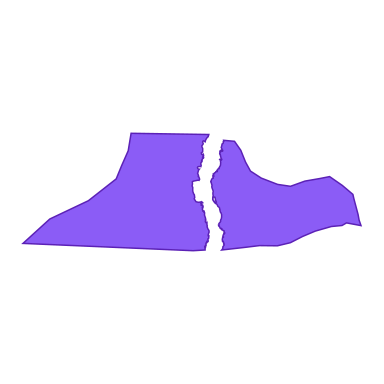 Zemam Out, Al Bahr al Ahmar, Egypt (Natural Earth projection)
{"feature_id": "37247803B6993574009783", "entity_name": "Zemam Out", "entity_type": "district", "adm_level": 2, "iso_a3": "EGY", "parent_name": "Egypt", "parent_adm1": "Al Bahr al Ahmar", "projection": "natural_earth1", "projection_center": [30.77, 28.19], "detail": "fine", "context": "isolated", "style": "filled", "palette": "violet", "viewbox_px": 384, "rotation_deg": 0, "n_neighbors": 0, "source": "geoboundaries", "source_scale": "gbopen_adm2", "svg_char_len": 5783}
<svg xmlns="http://www.w3.org/2000/svg" viewBox="0 0 384 384"><path d="M193.1,250.7L205.1,250.0L205.1,248.6L205.0,248.4L204.9,247.6L205.1,247.8L205.4,247.7L205.6,246.7L205.6,246.4L205.3,246.3L205.3,246.1L205.5,246.0L205.4,245.6L205.5,245.5L205.6,245.4L205.8,245.9L206.0,245.7L206.1,244.8L205.9,244.2L205.9,243.6L206.0,243.2L206.3,243.2L206.9,242.6L206.6,242.3L206.8,241.7L207.1,242.0L207.2,241.7L208.0,241.6L208.4,240.5L208.6,240.4L208.1,240.4L207.8,240.0L208.0,239.7L208.0,239.2L208.1,238.6L208.6,238.4L208.8,237.0L208.5,236.6L208.5,236.2L208.9,236.0L208.9,235.9L208.9,235.7L208.3,235.4L208.1,235.2L208.8,232.8L209.1,232.2L209.0,230.7L208.8,230.2L208.0,229.1L207.1,226.8L207.1,226.6L207.3,225.9L206.9,224.7L207.0,224.3L206.9,223.1L207.0,222.6L206.9,222.3L206.7,222.6L206.0,222.7L205.6,222.2L205.4,221.7L205.4,220.9L205.8,220.3L205.8,220.1L205.6,219.8L205.7,219.4L205.4,219.2L205.6,218.5L205.5,218.1L205.1,216.9L204.5,215.1L204.6,212.9L204.5,212.5L203.9,212.2L203.9,211.8L204.1,211.6L204.2,211.2L203.7,210.9L202.9,211.1L202.8,210.7L202.8,210.3L202.4,209.7L202.5,209.0L202.3,207.5L202.4,207.4L202.9,207.6L203.0,207.3L203.1,206.6L202.8,206.0L202.6,205.8L202.3,205.7L202.7,205.5L202.8,205.3L202.7,205.2L202.4,204.9L202.2,205.0L201.7,205.1L201.2,205.1L201.3,204.1L200.9,203.7L201.0,203.2L201.9,202.9L202.7,203.0L202.8,202.8L202.7,202.6L202.3,202.3L202.2,202.6L201.9,202.4L201.7,202.6L201.6,202.4L201.5,202.2L201.3,202.6L201.1,202.5L201.0,202.3L201.0,202.2L201.0,201.9L200.9,201.9L198.9,202.3L197.9,202.2L196.0,201.7L194.6,199.5L194.2,198.8L194.3,198.4L194.7,197.7L194.7,197.1L194.5,196.1L194.4,194.9L193.6,193.7L192.8,191.4L192.7,189.2L192.8,187.6L192.4,186.6L192.1,185.9L192.5,184.0L192.3,181.8L192.8,181.4L194.0,181.0L198.0,180.2L198.5,180.2L199.0,180.4L199.6,179.4L199.4,178.3L199.2,177.9L198.9,177.0L198.8,176.8L198.3,176.6L198.3,176.0L198.5,175.6L197.6,173.2L197.9,172.6L198.4,170.6L198.8,169.8L199.3,169.2L198.9,169.2L198.6,169.2L198.0,168.8L197.6,168.2L197.5,167.8L197.5,167.4L197.8,166.9L198.5,166.6L199.0,166.5L200.9,166.6L200.9,166.2L201.2,165.2L200.8,164.2L200.8,163.5L200.9,162.9L201.1,162.8L201.3,162.1L201.7,162.0L201.9,161.7L202.1,161.1L201.7,161.0L201.6,160.3L201.8,160.0L202.2,159.7L202.4,158.9L202.6,158.6L203.2,158.4L203.5,158.0L203.5,157.9L203.0,157.6L203.6,157.3L203.5,156.9L203.4,156.7L202.9,156.5L202.9,156.3L203.1,155.6L203.3,155.8L203.5,155.8L203.6,155.7L203.5,155.4L203.4,154.5L203.2,154.1L202.8,154.5L201.7,154.4L201.5,154.1L201.3,153.0L201.4,152.7L201.7,152.5L202.6,152.0L202.7,151.2L202.7,150.7L202.7,148.5L202.5,148.0L202.1,147.3L201.8,145.9L202.3,145.2L203.0,144.3L203.2,143.7L202.9,142.8L202.6,142.1L202.9,141.3L203.3,140.9L203.6,140.9L204.1,141.1L204.5,141.2L205.1,141.8L205.3,141.3L205.4,140.6L206.1,139.1L206.5,138.6L206.9,137.8L207.6,137.1L208.2,136.7L208.1,136.3L208.6,135.3L208.8,134.5L131.1,133.3L128.2,150.8L121.7,165.5L116.2,178.9L88.4,200.7L49.8,219.0L23.0,243.4L193.1,250.7ZM223.6,140.3L223.8,141.2L223.8,141.4L223.3,141.6L223.2,141.9L223.3,142.7L223.0,143.4L222.0,144.1L221.9,145.2L221.2,147.6L221.5,148.1L221.8,148.6L221.9,149.2L222.6,150.2L222.7,150.6L222.7,150.9L222.5,151.2L222.3,151.2L222.1,151.1L221.9,150.5L221.7,150.2L221.2,150.1L221.1,150.3L221.5,150.6L221.6,150.8L221.5,151.1L221.3,151.2L220.7,150.9L220.6,151.4L220.2,151.3L220.2,151.6L220.3,151.8L220.4,152.1L220.1,152.2L219.9,152.0L219.9,152.7L219.7,153.3L219.7,153.5L219.9,154.0L220.3,154.3L220.3,154.7L220.1,154.8L220.5,155.5L220.5,156.0L220.8,157.0L220.9,157.5L221.1,158.1L221.1,158.5L221.4,158.9L221.6,159.0L221.8,159.4L221.7,159.6L221.2,159.2L221.1,159.5L221.3,159.7L221.3,160.0L221.2,160.1L220.9,159.7L220.7,159.7L220.4,159.6L219.9,159.3L219.7,159.5L220.3,160.0L220.4,160.4L220.5,161.5L220.7,162.3L220.5,165.0L220.4,165.5L219.5,167.0L219.3,167.9L219.1,168.5L218.6,168.3L218.0,169.1L217.8,169.4L217.1,170.2L217.4,170.4L217.2,170.7L217.3,171.5L217.2,171.6L216.4,171.4L215.8,171.7L215.8,172.0L215.3,172.6L214.7,172.8L214.4,173.1L214.1,173.8L213.9,173.8L213.8,173.7L213.5,174.0L213.3,174.0L213.4,174.6L213.2,174.9L213.1,175.4L213.7,175.7L213.9,176.0L213.7,176.1L212.9,176.0L213.0,177.4L213.3,177.7L213.3,178.0L213.2,178.2L212.3,178.5L212.0,178.8L211.6,179.5L211.1,180.9L211.2,181.1L211.1,181.3L210.8,181.4L210.9,182.2L211.3,182.6L211.3,183.0L211.8,184.6L212.0,185.4L211.9,186.0L211.8,186.8L212.0,187.8L212.7,189.7L212.8,190.1L213.0,190.4L213.2,191.2L213.2,191.7L213.0,192.2L212.9,193.3L213.0,194.9L213.2,195.6L212.9,196.9L212.8,197.0L212.7,199.3L212.8,199.7L213.1,200.4L214.5,202.4L215.5,203.5L215.9,203.5L216.7,204.1L217.1,204.6L217.9,206.4L218.9,207.1L219.5,207.9L219.7,209.3L219.9,209.4L219.9,210.1L220.4,212.1L220.9,212.7L221.6,214.5L221.6,217.0L221.3,218.8L220.7,219.9L220.5,221.0L220.6,221.3L220.3,222.0L219.2,223.2L218.9,223.6L219.0,225.1L218.6,225.2L218.9,225.7L218.9,225.9L218.8,226.0L219.6,226.9L220.3,228.4L220.8,228.6L221.2,228.4L221.8,228.7L221.9,229.2L221.6,229.5L222.0,229.9L222.4,229.9L222.7,230.1L223.2,230.6L223.5,230.6L224.2,231.0L224.0,232.2L224.6,232.5L224.7,233.2L223.8,233.6L223.8,233.9L224.0,234.1L223.8,234.3L223.4,234.6L223.1,235.4L223.0,235.9L223.2,236.4L223.4,236.6L223.4,237.0L222.8,236.8L222.3,239.2L222.3,240.0L222.4,240.5L223.1,241.3L222.7,241.5L223.7,242.7L223.7,243.8L224.0,243.7L224.1,244.1L224.1,245.1L223.8,245.6L223.3,246.2L222.8,247.0L222.9,248.1L222.7,248.4L222.5,249.0L221.7,250.0L244.7,247.4L259.5,245.6L277.4,245.8L290.4,242.7L302.5,236.5L315.3,231.1L331.4,226.5L342.0,225.5L346.5,222.9L361.0,225.6L359.1,220.1L358.1,214.6L353.9,198.8L352.9,194.4L342.4,185.5L329.6,176.6L319.4,178.6L304.9,181.1L290.5,186.3L277.6,184.4L261.3,178.1L250.5,171.1L245.5,162.0L240.8,150.3L234.5,141.3L223.6,140.3ZM216.4,202.1L215.5,203.2L212.9,199.7L213.1,196.8L215.0,197.3L215.6,200.4L216.4,202.1Z" fill="#8b5cf6" stroke="#5b21b6" stroke-width="1.5"/></svg>